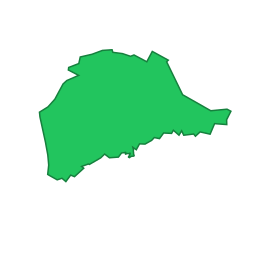 outline of Blount, Alabama, United States of America, rotated 208°
{"feature_id": "52423323B18752105909631", "entity_name": "Blount", "entity_type": "district", "adm_level": 2, "iso_a3": "USA", "parent_name": "United States of America", "parent_adm1": "Alabama", "projection": "natural_earth1", "projection_center": [-86.638, 34.013], "detail": "fine", "context": "isolated", "style": "filled", "palette": "green", "viewbox_px": 256, "rotation_deg": 208, "n_neighbors": 0, "source": "geoboundaries", "source_scale": "gbopen_adm2", "svg_char_len": 1558}
<svg xmlns="http://www.w3.org/2000/svg" viewBox="0 0 256 256"><g transform="rotate(208 128 128)"><path d="M42.4,177.4L44.8,181.6L45.0,191.1L49.4,191.1L63.0,182.1L87.8,182.8L95.4,183.0L125.0,204.6L124.3,206.8L139.8,207.0L142.5,207.0L142.5,195.3L157.0,195.3L159.4,192.5L167.8,191.1L176.9,187.7L178.8,189.6L187.0,184.5L194.4,176.2L203.5,168.3L201.7,161.8L208.8,153.6L207.9,151.2L196.3,151.3L204.3,141.2L206.0,136.5L206.1,119.1L208.6,109.0L213.6,100.4L210.9,96.4L194.1,76.6L192.0,73.9L186.2,66.6L184.1,63.4L180.6,58.0L177.1,49.3L174.8,49.2L166.2,49.0L162.7,52.6L157.7,51.5L156.5,59.5L152.4,59.9L148.2,71.7L150.9,72.3L146.1,77.6L145.0,77.7L138.1,88.8L136.4,94.0L130.4,93.0L122.8,97.8L122.0,102.8L121.5,103.3L121.1,103.5L120.0,104.3L119.4,104.8L119.1,105.1L118.8,105.3L118.6,105.3L118.4,105.1L118.5,104.7L118.4,104.2L118.2,104.0L117.9,103.8L117.7,103.9L117.5,104.1L117.1,104.8L116.7,105.1L115.7,105.5L115.2,105.8L114.6,106.6L114.3,106.7L114.1,106.5L114.0,106.3L114.0,105.2L113.7,104.5L113.7,104.3L114.0,103.6L114.0,103.1L114.0,102.7L113.8,102.5L113.6,102.5L113.1,102.5L112.7,102.6L112.6,103.1L112.2,103.8L112.0,104.2L111.3,104.9L110.1,105.6L109.7,106.0L109.6,106.4L109.7,106.6L110.2,107.1L110.6,107.3L111.1,108.1L111.6,109.0L112.1,109.6L112.5,110.3L112.7,110.5L112.9,111.3L113.2,111.7L114.6,113.2L110.5,112.7L110.4,119.4L105.4,121.8L101.3,128.2L100.3,131.9L95.2,133.4L94.2,140.3L87.0,143.7L86.9,147.3L79.6,145.6L79.3,150.7L75.4,147.8L67.2,153.5L64.6,152.4L62.5,158.4L52.6,161.1L53.6,172.5L42.4,177.4Z" fill="#22c55e" stroke="#15803d" stroke-width="1.5"/></g></svg>